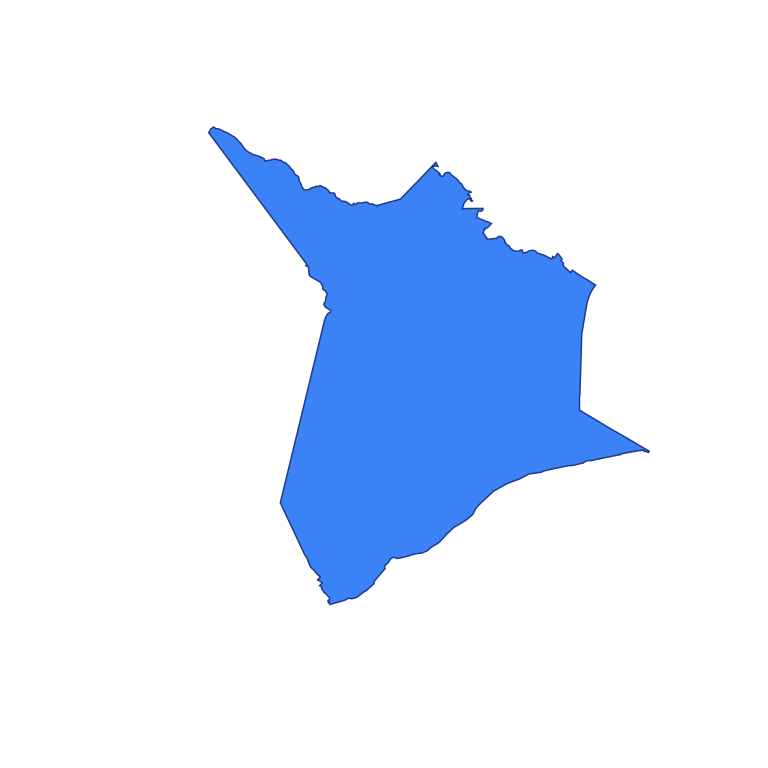 the district of Xochimilco, Distrito Federal, Mexico, rotated 116°
{"feature_id": "50627088B56641992702600", "entity_name": "Xochimilco", "entity_type": "district", "adm_level": 2, "iso_a3": "MEX", "parent_name": "Mexico", "parent_adm1": "Distrito Federal", "projection": "mercator", "projection_center": [-99.112, 19.236], "detail": "fine", "context": "isolated", "style": "filled", "palette": "blue", "viewbox_px": 768, "rotation_deg": 116, "n_neighbors": 0, "source": "geoboundaries", "source_scale": "gbopen_adm2", "svg_char_len": 6171}
<svg xmlns="http://www.w3.org/2000/svg" viewBox="0 0 768 768"><g transform="rotate(116 384 384)"><path d="M329.6,116.2L328.1,116.2L327.9,120.0L326.3,140.1L324.9,160.9L321.8,196.8L310.8,202.2L307.3,203.5L301.4,206.1L253.9,227.5L250.9,228.6L223.5,236.7L220.2,237.4L216.1,238.0L211.9,238.3L207.7,238.1L202.3,237.2L201.9,241.9L201.1,248.0L201.2,248.9L200.8,253.1L200.3,256.1L200.1,259.1L199.5,262.3L199.2,264.6L202.1,265.3L201.9,265.9L201.2,268.3L200.6,269.9L199.3,274.5L199.0,275.0L197.9,275.0L197.1,275.6L196.5,276.4L196.0,277.8L195.3,278.9L193.6,278.7L191.2,283.2L190.7,285.3L195.8,286.0L195.5,288.3L198.0,287.8L198.2,288.0L198.2,292.6L198.0,295.1L198.3,295.8L198.2,297.1L198.2,298.1L198.5,298.8L198.7,301.0L199.1,303.2L198.2,306.1L198.4,308.4L198.8,309.4L199.4,309.8L200.1,311.3L201.2,312.2L202.6,313.0L203.2,313.8L204.1,314.6L205.0,315.9L204.9,316.6L204.7,317.2L203.1,318.4L203.1,318.7L203.9,320.2L205.1,320.8L205.5,321.1L206.7,323.6L207.3,326.0L206.4,330.3L205.9,330.6L205.6,331.4L205.2,331.9L204.9,332.7L205.1,334.1L205.0,334.9L204.5,335.3L204.2,335.8L203.9,336.6L204.0,336.9L203.4,337.1L203.1,337.9L202.6,338.0L201.7,338.9L200.4,341.8L200.3,342.5L200.4,343.7L200.3,344.2L200.8,345.2L204.4,347.4L204.8,348.7L205.5,349.5L207.3,352.6L208.7,353.9L204.6,361.2L204.3,361.4L202.2,361.4L200.6,360.9L200.3,361.2L200.5,361.5L199.4,361.3L198.8,360.6L198.5,359.6L194.4,358.2L192.7,357.8L192.9,358.3L192.7,359.5L192.7,361.2L193.2,364.7L193.6,372.3L193.4,373.9L190.0,374.6L188.6,375.0L187.1,375.0L186.8,374.6L186.5,373.3L185.4,371.8L184.7,371.6L184.0,371.6L183.3,371.7L182.8,372.1L190.3,387.1L192.1,390.4L191.1,390.5L190.7,390.9L189.8,390.9L189.2,390.6L188.5,391.0L187.8,391.0L187.4,391.3L186.4,391.4L185.7,391.2L184.7,390.8L183.2,390.7L181.8,390.3L180.2,388.9L180.2,387.8L180.9,386.8L181.5,385.4L181.3,385.0L180.7,384.7L180.3,385.6L180.2,386.4L179.8,386.7L179.3,386.7L178.9,387.2L178.6,388.2L177.8,389.2L177.1,389.5L176.8,389.9L176.7,390.3L176.8,390.5L177.5,391.2L177.4,391.5L177.0,391.9L176.0,391.5L174.6,391.5L174.2,391.3L174.0,391.1L173.9,389.9L173.3,389.8L173.1,390.8L173.2,391.4L173.8,393.1L173.9,393.9L173.8,394.5L173.6,395.0L173.6,396.6L172.9,397.4L172.7,398.5L172.1,399.1L171.7,400.0L170.5,401.4L170.1,402.2L169.8,404.6L168.2,407.1L166.4,415.5L165.2,417.6L166.0,419.6L167.1,421.3L168.2,421.7L170.9,422.0L171.8,422.6L172.1,423.4L171.8,424.8L171.9,425.8L171.7,426.3L171.4,426.5L171.1,426.4L170.8,425.7L170.5,426.0L169.8,428.0L169.3,430.2L169.2,432.5L168.3,434.4L167.9,435.0L167.5,435.2L167.0,435.2L166.5,434.8L165.7,433.5L165.1,432.2L164.8,430.9L162.1,434.6L176.7,439.2L210.6,450.3L226.5,468.3L227.1,468.6L226.8,469.0L226.8,469.4L227.2,470.4L227.3,473.9L228.3,474.9L228.6,475.9L228.0,478.1L228.3,479.8L229.6,481.6L231.1,483.2L231.9,485.2L232.0,485.9L232.8,487.1L233.3,487.5L235.3,488.2L234.7,490.3L235.8,490.7L237.7,490.9L237.0,497.0L237.0,499.2L237.5,500.0L237.6,501.0L238.3,501.5L238.3,502.2L238.2,503.0L237.1,505.5L237.2,506.0L237.8,506.4L237.7,507.0L237.0,507.9L237.2,508.8L237.1,509.2L235.5,510.8L234.9,511.3L234.4,512.0L234.2,512.6L234.3,512.9L234.9,513.7L235.2,514.5L235.8,515.3L235.5,516.7L235.2,517.4L235.4,518.0L234.8,518.5L234.1,519.6L234.2,520.7L233.7,522.3L233.3,523.0L233.7,523.8L233.6,524.5L233.8,525.0L233.6,525.8L233.6,528.2L234.2,528.9L235.2,529.5L235.6,530.0L235.6,530.8L235.8,531.4L237.6,532.9L239.4,535.1L241.1,536.1L242.9,537.8L243.4,538.4L244.3,540.1L244.4,541.1L243.9,541.9L243.2,543.8L240.5,546.3L238.7,549.4L237.3,549.7L236.6,550.8L235.7,551.1L235.3,551.7L235.0,552.4L234.6,556.1L234.1,556.9L233.2,557.5L232.4,558.5L231.7,560.2L231.2,562.2L230.0,564.1L228.8,568.2L228.4,568.9L228.4,569.9L228.6,570.7L228.7,572.3L228.6,573.1L228.1,574.5L228.1,574.8L228.6,575.7L228.8,576.3L229.4,579.8L230.3,581.6L231.4,583.2L232.3,583.9L234.2,586.6L235.8,588.6L235.6,589.3L234.2,590.2L234.0,591.7L234.0,593.4L234.2,593.8L234.0,594.8L234.7,599.8L235.1,601.8L234.9,607.0L234.7,609.2L233.7,612.4L232.4,615.1L230.6,617.8L229.6,621.2L228.4,623.9L227.5,627.6L227.4,630.1L226.9,635.2L227.2,638.8L227.1,641.3L227.2,644.3L228.2,647.2L227.7,649.1L227.8,649.6L228.0,650.2L229.2,650.6L230.6,651.5L232.4,651.4L234.9,651.8L308.7,508.9L310.3,506.0L311.8,506.2L312.1,505.5L311.7,505.3L311.4,504.7L311.4,504.1L311.5,503.8L311.7,503.5L318.0,499.5L318.7,499.0L319.2,498.3L319.6,497.1L320.0,492.0L320.4,486.3L320.7,485.1L323.3,481.9L324.1,481.3L325.2,481.0L325.6,480.5L325.8,480.0L326.0,477.3L326.5,476.6L328.1,474.6L329.1,474.3L331.2,474.2L335.4,472.9L336.3,472.9L338.1,473.2L338.9,472.9L340.2,470.9L340.7,469.9L341.1,464.9L341.5,464.2L342.3,463.7L343.1,463.7L345.0,465.1L346.5,465.6L348.9,465.7L350.9,465.6L353.1,465.3L536.2,425.1L572.3,380.3L573.3,378.5L573.7,377.5L579.7,371.1L580.4,370.2L581.7,367.0L582.1,365.1L583.0,363.6L584.0,361.3L584.7,359.0L585.2,356.6L589.2,357.8L589.5,356.9L588.8,356.5L589.7,353.4L589.8,352.6L590.0,352.1L593.4,353.6L593.6,353.3L593.6,352.1L593.7,351.5L594.5,350.6L595.1,350.6L595.4,350.3L597.6,346.5L597.8,345.1L598.5,343.0L600.3,338.8L601.0,338.6L601.7,338.8L602.2,338.7L603.1,339.3L603.9,337.7L604.5,338.5L605.9,335.9L603.7,333.6L599.2,328.5L594.9,324.0L593.9,323.1L593.1,322.7L593.0,323.0L591.8,321.8L591.5,321.1L591.6,319.8L590.4,317.9L588.4,315.6L586.6,314.3L582.3,312.3L579.0,310.5L578.4,309.9L577.3,309.2L567.6,305.4L567.4,305.8L566.7,306.0L565.9,306.2L564.6,306.0L549.3,302.1L548.7,302.9L547.4,303.5L546.2,303.5L545.4,302.9L545.2,303.2L543.1,302.0L538.8,301.5L537.3,300.8L535.9,299.7L535.4,299.1L535.1,295.8L533.5,293.4L527.6,286.4L525.5,284.5L522.8,281.2L518.8,275.2L517.3,274.1L514.7,271.8L510.9,270.4L505.9,267.5L505.3,266.8L502.3,265.1L491.3,261.7L484.6,259.3L481.7,258.1L474.8,253.3L469.4,250.1L463.0,247.3L461.0,247.0L456.1,246.9L453.6,246.5L447.4,244.4L433.2,238.9L432.4,238.6L421.4,231.1L418.8,229.1L409.7,220.4L401.4,214.4L394.3,203.9L392.1,202.3L385.1,193.5L376.6,182.6L376.0,181.2L375.4,180.2L372.4,176.2L367.6,170.3L365.9,169.4L364.5,168.3L363.1,166.6L362.3,164.5L360.9,162.6L359.0,160.5L357.6,158.7L357.3,157.9L356.7,157.2L355.2,155.6L350.8,149.6L348.2,146.4L343.7,140.4L343.2,140.7L332.8,126.7L330.0,122.2L329.8,121.5L330.0,121.0L330.5,120.7L329.9,118.8L329.6,116.2Z" fill="#3b82f6" stroke="#1e3a8a" stroke-width="1.5"/></g></svg>